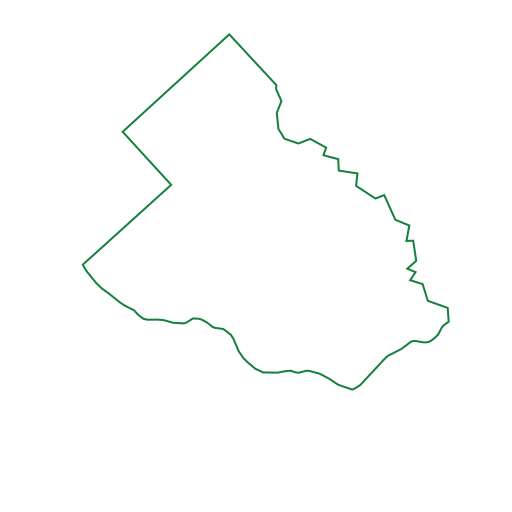 Scott, Iowa, United States of America, rotated 47°
{"feature_id": "52423323B10100313584475", "entity_name": "Scott", "entity_type": "district", "adm_level": 2, "iso_a3": "USA", "parent_name": "United States of America", "parent_adm1": "Iowa", "projection": "orthographic", "projection_center": [-90.532, 41.613], "detail": "fine", "context": "isolated", "style": "outline", "palette": "green", "viewbox_px": 512, "rotation_deg": 47, "n_neighbors": 0, "source": "geoboundaries", "source_scale": "gbopen_adm2", "svg_char_len": 1314}
<svg xmlns="http://www.w3.org/2000/svg" viewBox="0 0 512 512"><g transform="rotate(47 256 256)"><path d="M75.7,124.4L74.2,268.8L146.1,269.5L144.4,377.9L144.2,388.6L149.6,389.9L153.3,390.4L166.7,391.3L174.5,390.9L183.2,389.2L197.1,387.2L203.4,385.6L212.5,382.2L218.8,382.3L225.3,381.1L228.7,378.7L235.0,371.8L239.7,367.4L248.4,362.1L256.3,354.5L257.3,352.2L258.6,344.8L262.9,340.6L265.5,339.1L271.1,337.2L277.9,336.2L280.3,335.2L287.1,329.7L293.8,328.6L296.6,328.1L301.5,329.1L313.9,333.6L321.6,334.8L322.1,334.8L328.3,334.6L338.0,333.4L346.0,330.2L356.0,319.8L360.2,313.2L363.7,308.7L367.2,307.0L368.4,306.1L370.2,304.8L374.2,297.6L376.1,295.6L380.5,292.8L385.3,289.8L395.6,286.2L406.2,283.7L419.2,276.8L420.2,274.5L421.5,267.9L419.0,232.9L418.9,227.8L423.1,213.3L424.4,200.8L425.7,198.7L427.1,197.2L433.4,192.4L435.0,190.7L436.7,188.1L437.4,185.4L437.8,181.8L437.7,177.6L437.5,176.0L434.9,168.6L434.8,165.0L435.5,159.9L424.7,151.2L406.0,160.9L390.2,153.3L378.9,159.7L376.6,150.3L368.5,154.0L368.8,142.1L352.0,130.6L347.6,135.7L338.3,123.1L324.6,129.4L298.9,120.7L295.5,129.4L273.0,135.0L264.8,125.5L250.0,137.2L241.2,129.8L228.3,138.0L224.6,130.8L207.3,136.5L202.6,148.3L189.7,155.2L178.3,152.9L165.5,143.2L160.1,131.8L147.5,127.4L145.0,124.6L75.7,124.4Z" fill="none" stroke="#15803d" stroke-width="2"/></g></svg>